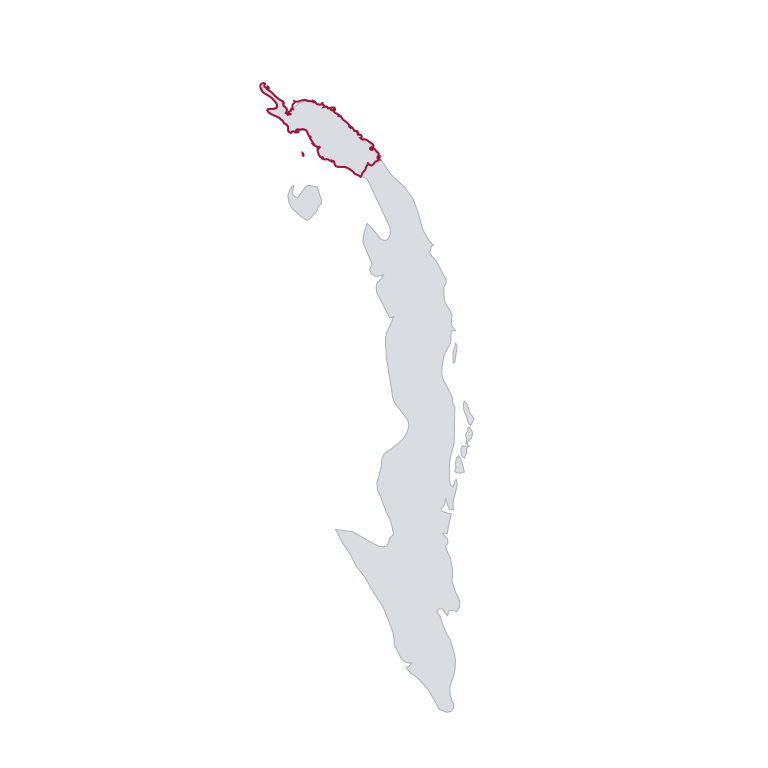 Pinar del Río highlighted on a map of Cuba, rotated 64°
{"feature_id": "CUB-1321", "entity_name": "Pinar del Río", "entity_type": "Province", "adm_level": 1, "iso_a3": "CUB", "parent_name": "Cuba", "parent_adm1": "", "projection": "mercator", "projection_center": [-83.796, 22.394], "detail": "fine", "context": "in_parent", "style": "outline", "palette": "rose", "viewbox_px": 768, "rotation_deg": 64, "n_neighbors": 0, "source": "natural_earth", "source_scale": "10m", "svg_char_len": 8182}
<svg xmlns="http://www.w3.org/2000/svg" viewBox="0 0 768 768"><g transform="rotate(64 384 384)"><path d="M246.7,278.5L262.4,281.5L275.0,280.6L281.1,278.9L280.5,280.7L286.1,285.2L288.1,285.5L296.3,283.2L317.7,282.4L319.9,283.6L323.7,288.0L329.2,290.7L334.8,292.8L340.7,293.3L346.6,292.4L352.2,292.8L359.1,297.1L361.2,297.6L367.4,296.4L365.6,300.3L376.0,305.8L383.6,316.5L389.2,320.9L395.1,324.8L400.0,327.5L405.6,328.8L422.4,328.3L426.4,328.6L429.9,330.1L433.3,330.7L435.3,330.2L467.8,346.8L478.1,355.7L484.5,360.3L498.1,366.9L503.6,368.4L506.5,367.5L505.9,366.1L501.9,362.4L501.3,361.0L506.5,362.2L515.8,369.7L518.3,372.4L522.9,375.0L527.6,376.8L525.4,379.8L521.6,380.1L514.3,378.8L520.1,383.7L521.1,387.2L523.8,387.5L527.8,383.6L530.3,380.4L540.5,388.7L546.0,392.6L544.6,394.8L544.2,397.0L550.3,394.9L552.6,395.2L554.9,396.4L557.3,399.9L563.1,400.7L568.9,400.6L580.6,403.6L591.7,409.6L602.1,410.9L612.7,411.1L618.0,414.3L620.3,418.5L617.7,421.6L616.3,424.7L620.2,428.6L611.6,430.3L610.4,432.6L610.9,435.1L612.6,436.5L617.5,435.3L624.6,436.4L635.7,437.3L643.2,436.5L658.4,439.2L663.0,440.6L672.0,445.5L676.2,448.8L685.1,457.6L692.8,461.0L699.5,461.9L701.8,461.3L705.8,463.5L707.6,467.3L706.6,471.4L700.7,477.0L691.1,477.3L677.8,478.4L664.9,482.0L658.6,484.8L655.8,486.7L649.0,488.4L648.5,486.9L648.7,485.1L646.9,481.6L645.3,484.7L642.8,487.0L638.6,488.9L622.9,489.0L616.6,486.4L610.2,484.6L586.6,482.8L581.0,482.9L565.2,484.9L549.4,485.9L542.8,487.1L536.3,488.9L523.5,488.9L508.5,490.9L493.4,491.3L503.1,476.9L523.5,463.0L527.3,460.0L530.0,456.1L530.7,453.2L529.8,450.7L524.9,446.4L523.9,443.1L522.5,441.0L515.4,439.2L508.3,438.1L500.8,438.1L484.9,436.6L476.5,436.4L469.4,433.5L457.6,422.9L452.1,419.9L449.2,417.5L447.0,414.8L444.2,399.2L441.9,391.6L438.3,385.1L432.8,380.1L427.1,378.4L405.2,382.7L400.1,382.1L395.1,380.6L362.0,370.5L348.4,364.9L342.8,362.1L338.1,358.2L333.1,351.7L327.6,345.9L327.6,348.2L326.8,349.8L299.1,350.5L294.7,349.1L291.8,347.5L289.8,345.2L288.3,340.5L285.7,336.6L284.9,340.8L283.5,344.6L279.8,346.8L275.5,347.1L270.4,342.0L247.9,340.9L246.0,340.1L238.6,335.1L232.3,328.8L238.5,326.6L251.5,323.7L254.3,321.7L255.9,319.3L254.7,315.6L252.2,312.9L249.5,311.4L246.6,310.3L242.7,309.9L192.8,309.3L189.9,311.3L185.4,315.4L176.5,320.6L170.7,326.1L168.5,328.9L165.7,330.9L159.6,334.3L154.4,339.5L148.0,341.8L144.5,340.4L141.1,340.4L138.6,341.7L136.0,342.2L123.2,342.9L121.2,344.2L119.4,347.9L117.3,355.2L115.4,357.5L108.9,358.5L102.8,360.4L90.3,367.3L87.1,368.3L87.8,363.3L87.2,358.4L83.7,358.2L79.7,359.0L76.4,360.4L70.2,364.0L67.0,365.0L64.1,363.1L64.7,360.7L85.3,351.9L87.6,351.2L91.3,351.8L94.9,351.5L97.7,349.1L94.3,337.4L95.6,329.4L100.4,323.2L109.9,313.8L114.5,310.8L161.6,291.2L166.5,290.2L197.1,286.2L201.8,284.9L216.0,279.1L230.9,276.7L246.7,278.5ZM203.3,381.5L197.7,384.9L185.9,389.7L179.5,389.9L173.0,388.1L168.6,384.0L166.1,380.1L166.3,378.2L170.3,381.4L173.8,382.9L176.6,381.9L178.7,380.2L172.1,367.3L172.4,364.6L177.6,357.6L191.7,359.7L194.2,360.9L196.1,365.4L199.3,368.9L202.9,378.3L203.3,381.5ZM438.7,318.1L446.9,319.5L452.5,318.5L455.4,319.0L459.4,324.4L455.8,325.1L453.0,325.1L451.0,324.1L443.6,323.9L438.7,322.3L436.1,321.0L434.7,319.3L438.7,318.1ZM496.2,357.0L493.7,358.9L491.0,356.1L487.0,354.6L482.4,351.5L481.3,348.2L485.1,347.9L489.9,348.5L498.3,350.4L497.6,354.1L496.2,357.0ZM474.8,335.4L473.5,336.5L470.3,334.1L465.6,333.1L462.8,329.3L460.2,327.9L460.0,326.5L464.3,325.6L467.4,326.0L470.7,328.8L472.7,334.1L474.8,335.4ZM483.6,345.6L481.6,345.8L475.7,343.1L473.9,340.9L476.0,337.8L476.4,334.6L477.2,334.3L478.2,338.3L482.7,340.0L483.0,340.9L485.8,344.2L483.6,345.6ZM395.6,310.9L395.7,312.6L385.2,307.8L380.7,302.9L378.9,301.7L381.8,301.6L395.6,310.9Z" fill="#d9dde1" stroke="#a8b0b8" stroke-width="1"/><path d="M187.6,314.4L186.1,314.9L182.5,317.9L181.8,318.4L180.4,318.5L179.5,318.8L175.5,320.9L173.6,322.2L171.9,323.9L168.5,330.5L167.1,331.9L165.1,332.1L163.2,331.6L162.4,331.5L161.5,331.7L161.5,331.9L161.5,332.8L161.4,333.1L161.2,333.0L160.9,333.0L160.5,333.1L160.2,333.0L159.9,333.3L159.9,334.2L159.9,334.4L157.7,335.8L157.0,336.6L156.7,337.1L156.6,337.4L156.6,337.6L156.6,337.9L156.2,338.9L155.9,339.3L155.3,339.7L155.1,339.5L155.1,339.3L155.0,340.1L154.6,340.5L154.3,339.8L153.8,339.6L153.2,339.7L153.2,340.8L152.2,341.8L149.2,342.1L146.1,341.7L143.5,340.6L144.0,340.1L143.8,339.4L143.4,338.7L143.0,337.9L142.6,337.9L141.8,339.7L140.3,341.2L138.5,342.4L136.9,342.8L137.0,342.6L137.2,342.1L137.3,341.9L130.7,342.8L130.3,342.8L130.1,342.5L129.9,342.1L129.9,341.7L129.2,341.7L128.5,342.6L127.7,342.8L123.0,342.5L121.7,342.8L119.2,345.2L119.2,345.7L118.7,347.5L118.4,348.1L118.7,348.5L118.8,348.9L118.9,349.9L118.2,349.3L117.5,349.5L117.1,350.2L117.2,351.2L117.6,352.1L118.2,352.4L118.9,352.2L119.7,351.6L119.3,353.0L117.3,354.5L116.8,355.9L117.0,356.2L117.4,356.5L117.6,357.0L117.4,357.6L116.8,358.2L116.2,358.7L115.5,359.0L114.7,359.2L113.6,358.9L111.3,357.7L110.0,357.4L108.7,357.7L106.4,359.1L105.3,359.6L104.7,359.7L103.4,359.6L102.8,359.6L102.2,359.9L100.8,360.8L98.9,361.3L91.9,367.3L89.3,368.7L86.8,368.9L86.0,367.6L88.4,362.6L88.9,360.0L87.5,358.1L85.1,357.7L82.5,358.1L77.7,359.5L75.4,360.7L69.3,364.7L66.9,365.3L64.3,365.3L61.8,364.5L61.0,363.8L60.5,362.9L60.4,361.8L60.6,360.7L60.8,360.3L61.1,359.8L61.5,359.4L61.9,359.2L62.2,359.4L62.3,359.7L62.5,360.1L62.7,360.4L63.1,360.7L63.6,360.9L64.1,361.0L64.7,360.9L65.7,360.5L66.4,359.8L66.4,359.0L65.5,358.3L66.5,357.7L67.4,357.7L68.0,358.3L68.0,359.6L72.9,357.0L77.2,355.7L82.3,353.4L85.6,351.0L86.0,350.8L86.8,350.7L87.5,350.8L87.9,351.1L87.6,351.6L89.5,352.4L90.9,352.1L92.3,351.2L94.0,350.8L94.9,351.0L95.9,351.7L96.8,352.5L97.1,353.2L97.4,353.6L99.0,352.4L99.9,352.5L100.8,349.0L100.1,349.8L99.4,350.9L98.8,351.5L97.9,350.8L97.6,349.5L97.7,348.6L97.5,347.8L96.3,347.2L96.8,345.9L97.1,345.4L96.0,345.3L94.8,344.9L93.7,344.3L93.0,343.7L92.5,342.8L92.1,341.7L91.5,340.8L90.5,340.6L91.1,340.1L91.8,339.1L92.4,337.9L92.6,336.8L92.7,335.3L93.0,333.9L93.8,331.1L94.0,330.9L94.8,329.3L95.1,329.1L95.8,329.0L96.1,328.8L96.3,328.4L96.6,327.6L96.7,327.3L98.0,325.4L98.9,324.4L99.9,323.7L99.9,323.3L98.7,323.3L99.7,322.4L102.3,321.9L103.4,321.3L104.1,320.3L104.9,318.9L105.2,317.5L104.5,316.6L104.5,316.1L105.1,316.3L105.7,316.6L106.6,316.0L107.4,315.9L108.1,316.2L108.6,317.0L109.1,314.6L109.4,314.0L110.0,313.7L111.6,313.6L111.9,313.3L111.9,312.6L112.1,311.5L112.5,310.8L113.3,311.1L114.1,311.6L114.7,311.3L115.3,310.5L116.0,309.9L115.5,309.2L114.9,308.8L114.1,308.6L113.1,308.7L113.4,308.2L113.8,307.7L114.3,307.4L114.9,307.3L115.9,307.6L116.4,308.4L116.8,309.2L117.4,309.5L118.2,309.4L118.9,309.0L122.5,306.4L123.3,307.3L123.9,305.9L124.8,305.3L127.4,305.1L128.4,304.9L132.6,302.8L134.6,302.0L135.6,301.9L136.3,302.0L137.0,302.4L137.7,302.4L138.1,302.3L138.9,301.7L139.4,301.5L139.4,301.0L138.9,301.2L138.5,301.5L138.4,301.3L138.4,301.1L138.1,301.0L139.4,300.2L140.7,299.8L143.7,299.7L143.9,299.3L144.7,297.3L145.1,297.1L147.5,297.1L147.4,297.5L147.1,297.9L148.3,298.2L149.0,297.5L149.5,296.5L150.0,295.7L150.9,295.4L151.6,295.6L152.3,296.2L153.3,296.6L152.9,297.3L153.5,297.1L154.5,296.5L155.0,296.0L155.3,294.9L156.2,293.5L157.3,292.3L158.4,291.7L159.2,291.5L162.3,289.5L163.5,289.0L164.6,288.9L165.6,289.2L166.4,290.0L166.4,290.4L165.9,290.8L165.6,291.6L165.7,292.5L166.2,293.3L166.9,293.6L167.5,293.2L168.1,292.6L168.5,292.1L167.4,291.2L167.5,290.4L168.3,289.6L169.7,289.1L172.2,288.6L172.6,288.3L173.4,287.8L173.8,287.7L174.4,287.8L175.2,288.4L175.8,288.6L176.2,288.4L176.5,288.0L177.0,287.8L177.5,288.1L177.9,288.8L177.5,289.0L176.9,289.1L176.7,289.5L176.9,290.1L177.3,290.4L177.7,290.1L178.3,289.5L178.2,290.8L179.2,290.8L180.4,290.0L180.3,290.4L180.6,292.8L180.6,293.1L180.4,294.3L181.9,297.3L182.2,298.9L182.1,299.4L181.0,300.8L180.7,301.0L180.2,301.2L178.8,301.4L178.5,301.5L178.4,301.6L178.5,301.7L178.6,301.8L179.3,302.1L179.5,302.4L179.8,302.8L180.8,304.5L181.5,305.5L181.8,305.6L182.3,305.9L182.6,306.2L183.0,306.7L183.5,307.5L184.7,310.3L184.9,310.8L186.9,313.0L187.4,313.7L187.6,314.1L187.6,314.4ZM144.0,356.4L144.4,356.4L144.1,356.5L142.9,356.5L141.6,356.4L140.7,356.0L141.3,355.7L143.1,356.0L144.0,356.4Z" fill="none" stroke="#9f1239" stroke-width="2"/></g></svg>